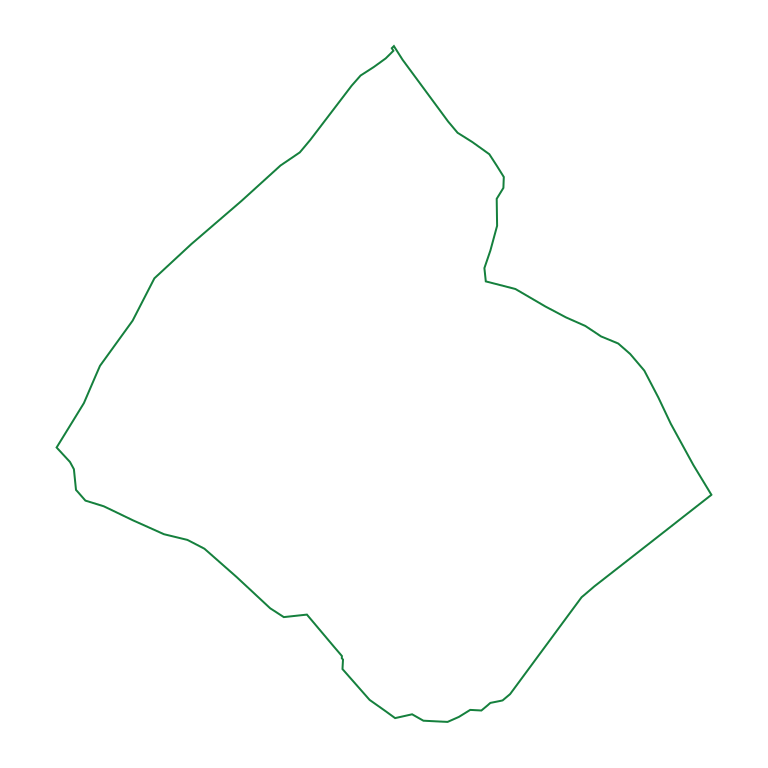 Um Durein, South Kordufan, Sudan
{"feature_id": "16777658B25432504907328", "entity_name": "Um Durein", "entity_type": "district", "adm_level": 2, "iso_a3": "SDN", "parent_name": "Sudan", "parent_adm1": "South Kordufan", "projection": "equal_earth", "projection_center": [30.166, 10.926], "detail": "fine", "context": "isolated", "style": "outline", "palette": "green", "viewbox_px": 768, "rotation_deg": 0, "n_neighbors": 0, "source": "geoboundaries", "source_scale": "gbopen_adm2", "svg_char_len": 1320}
<svg xmlns="http://www.w3.org/2000/svg" viewBox="0 0 768 768"><path d="M369.6,699.9L383.2,709.5L384.9,710.7L395.1,718.1L404.1,716.1L412.1,714.3L423.4,720.7L437.0,721.4L447.6,721.9L458.9,716.9L470.2,709.9L481.4,710.5L488.1,704.9L488.5,704.5L490.4,702.9L500.4,700.9L502.6,700.4L510.1,694.1L529.8,667.4L538.8,655.2L549.0,641.4L558.7,628.2L581.6,597.2L583.9,595.3L594.3,586.4L597.9,583.6L657.8,536.8L684.2,516.1L708.5,497.1L708.7,496.9L710.6,495.5L711.2,495.0L711.4,494.8L693.4,465.1L670.8,423.8L658.4,397.6L644.3,370.6L630.2,354.0L618.2,343.5L601.0,336.4L585.4,326.0L566.0,317.4L545.4,306.5L515.4,289.0L485.8,281.4L484.4,268.1L490.4,250.5L497.1,225.8L496.7,198.8L503.4,187.9L503.8,177.0L496.7,165.6L489.3,154.2L472.1,141.9L457.6,132.8L448.1,121.5L402.6,59.8L393.9,46.1L392.7,47.3L391.8,48.2L393.4,50.8L385.7,58.4L373.8,67.0L360.6,75.5L351.7,85.6L310.2,140.0L299.8,152.4L280.5,165.5L241.4,201.0L191.2,244.2L154.4,278.3L132.6,320.7L100.0,365.8L95.6,375.9L83.9,403.1L73.9,419.4L56.6,447.5L70.0,462.0L73.9,469.2L76.0,489.9L76.8,490.8L77.1,491.1L85.4,500.6L103.8,506.3L132.9,520.3L163.9,534.2L187.4,539.9L204.4,548.7L236.8,577.2L270.2,608.3L283.8,617.1L306.9,614.6L334.1,646.9L341.9,656.0L341.8,658.2L343.0,659.6L342.8,663.2L342.6,666.8L342.5,669.1L367.4,697.4L369.6,699.9Z" fill="none" stroke="#15803d" stroke-width="2"/></svg>